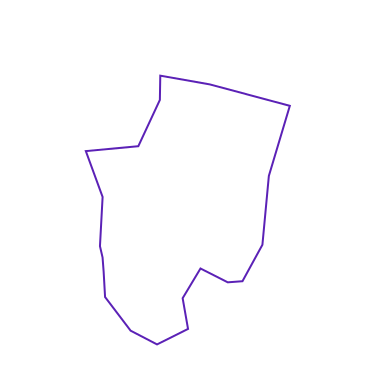 Szolnok, Natural Earth projection, rotated 60°
{"feature_id": "HUN-4918", "entity_name": "Szolnok", "entity_type": "Urban county", "adm_level": 1, "iso_a3": "HUN", "parent_name": "Hungary", "parent_adm1": "", "projection": "natural_earth1", "projection_center": [20.178, 47.22], "detail": "fine", "context": "isolated", "style": "outline", "palette": "violet", "viewbox_px": 384, "rotation_deg": 60, "n_neighbors": 0, "source": "natural_earth", "source_scale": "10m", "svg_char_len": 414}
<svg xmlns="http://www.w3.org/2000/svg" viewBox="0 0 384 384"><g transform="rotate(60 192 192)"><path d="M103.5,263.5L125.5,215.6L96.2,173.8L75.4,161.3L107.7,122.8L166.3,64.2L216.5,117.4L272.9,157.4L294.5,192.9L288.1,206.2L262.5,222.9L279.3,253.2L308.6,263.9L306.5,298.5L281.4,314.5L239.5,319.8L216.9,308.4L204.0,302.2L192.9,298.8L151.6,271.9L103.5,263.5Z" fill="none" stroke="#5b21b6" stroke-width="2"/></g></svg>